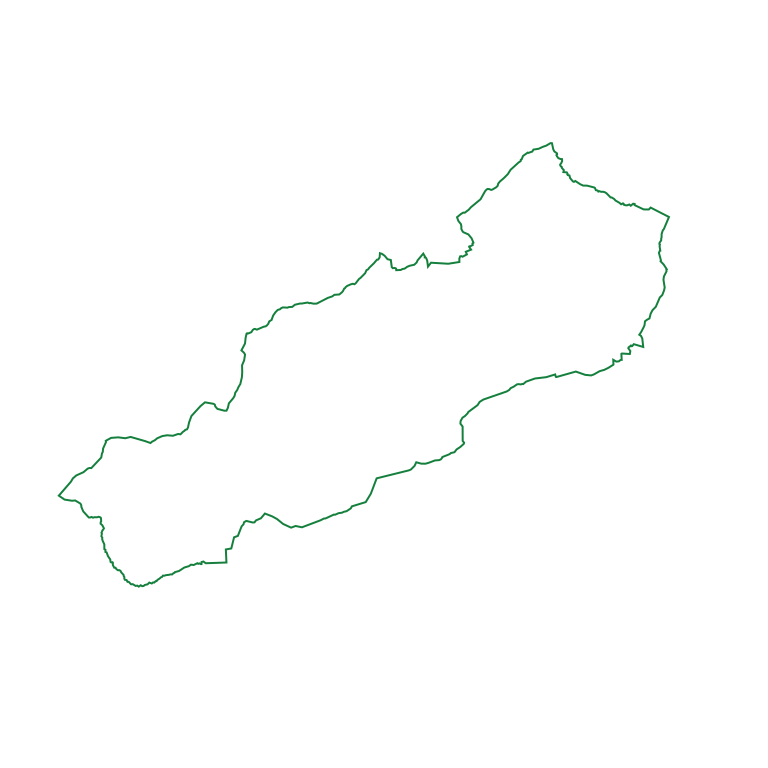 Rodna, Bistrita-Nasaud, Romania, rotated 234°
{"feature_id": "2599482B97945568100996", "entity_name": "Rodna", "entity_type": "district", "adm_level": 2, "iso_a3": "ROU", "parent_name": "Romania", "parent_adm1": "Bistrita-Nasaud", "projection": "albers", "projection_center": [24.848, 47.491], "detail": "fine", "context": "isolated", "style": "outline", "palette": "green", "viewbox_px": 768, "rotation_deg": 234, "n_neighbors": 0, "source": "geoboundaries", "source_scale": "gbopen_adm2", "svg_char_len": 6076}
<svg xmlns="http://www.w3.org/2000/svg" viewBox="0 0 768 768"><g transform="rotate(234 384 384)"><path d="M370.0,703.4L369.5,700.9L372.6,696.7L381.4,691.9L382.4,692.6L383.4,691.5L383.2,688.4L385.0,688.0L385.7,685.6L386.8,684.3L388.1,683.4L388.9,683.8L389.7,683.5L390.0,681.5L392.4,680.9L396.4,679.1L398.2,679.0L401.0,677.9L401.7,677.0L407.6,676.1L409.3,675.4L410.8,674.2L411.8,672.7L413.6,671.4L413.7,670.5L415.0,670.5L416.3,669.3L418.5,669.9L419.4,669.6L425.1,664.9L427.4,661.8L430.2,660.2L435.8,658.1L435.9,656.5L436.9,655.9L441.1,655.6L443.7,656.6L445.0,655.5L445.8,655.5L446.2,656.1L447.7,656.3L450.0,653.7L451.3,655.2L454.1,654.9L455.1,655.4L456.1,655.0L457.6,655.2L458.0,655.5L458.5,657.2L459.6,659.1L461.3,660.2L462.3,659.0L464.3,657.8L466.5,657.8L467.8,658.0L468.0,659.0L468.9,659.5L472.1,658.5L474.4,658.9L480.1,661.4L481.0,660.3L481.5,655.2L482.5,652.0L483.4,647.4L485.8,642.7L484.9,640.6L486.1,636.6L486.7,636.3L486.8,630.6L484.9,627.5L485.0,626.5L484.0,625.6L484.1,623.1L482.9,612.3L481.0,607.5L480.1,601.9L479.7,596.8L479.0,594.2L477.5,592.4L477.2,590.2L477.6,585.9L478.1,584.7L479.7,583.8L480.9,582.5L481.0,581.1L480.6,579.2L476.7,570.7L475.9,558.1L475.2,555.0L475.1,550.0L476.1,548.8L476.3,546.1L476.0,541.1L472.1,540.0L468.1,540.2L466.1,539.3L464.0,537.7L461.6,537.3L460.2,537.4L455.4,540.2L450.4,540.5L445.7,539.4L445.7,538.2L444.3,537.5L444.7,534.6L445.2,534.0L445.0,533.5L441.5,533.4L442.9,527.9L440.1,527.2L440.8,522.4L442.0,521.7L442.5,520.6L441.1,518.6L438.4,516.7L443.5,506.7L454.5,493.3L453.1,488.6L458.5,491.5L460.9,492.1L462.2,492.0L462.5,491.4L463.5,492.1L466.4,492.4L464.3,483.9L463.1,481.8L462.7,478.6L464.6,474.2L465.2,471.6L465.2,468.6L466.2,466.4L466.4,464.6L468.9,460.8L470.3,461.6L471.7,460.8L472.5,459.2L474.0,459.0L480.3,462.4L482.9,460.2L487.3,459.9L490.4,458.9L492.2,457.6L489.0,454.9L488.1,452.5L488.7,451.3L487.6,446.7L486.7,440.3L486.1,438.6L486.4,436.8L484.7,433.8L483.6,427.1L483.7,425.7L482.1,420.2L482.1,418.7L483.4,417.7L484.2,415.6L485.0,411.8L484.9,409.9L484.4,408.5L484.6,407.9L483.3,405.4L482.9,403.8L482.7,400.5L485.3,396.3L485.3,393.6L486.7,389.1L488.6,376.8L490.4,374.2L492.8,372.1L493.2,371.1L494.8,370.1L497.4,364.8L498.5,363.3L500.5,358.5L500.3,355.2L502.2,352.1L502.5,350.8L505.4,347.2L505.8,345.3L505.6,343.8L506.4,341.6L505.9,338.5L504.5,334.5L501.9,330.7L502.1,328.0L500.7,325.7L500.2,323.6L500.2,322.2L501.1,320.2L502.7,313.1L504.4,312.0L504.8,311.3L504.9,309.7L503.9,307.1L504.8,303.5L505.5,303.1L505.5,302.4L502.8,299.3L498.4,295.3L495.0,288.4L491.7,289.1L489.5,288.9L485.3,284.7L482.6,280.2L476.7,276.1L473.0,273.0L468.4,267.7L467.1,264.5L465.4,261.7L464.4,258.6L462.2,256.1L461.2,253.8L459.5,247.1L456.5,243.7L455.0,240.9L456.3,239.1L461.8,234.6L465.0,234.3L466.8,235.0L468.2,234.4L474.4,228.4L474.0,222.6L471.3,209.4L467.4,203.6L464.0,199.8L463.1,198.0L463.7,196.2L463.4,195.0L463.5,193.2L462.9,189.8L464.6,188.0L466.2,182.8L470.0,178.4L472.2,174.0L473.4,168.6L473.2,165.5L473.7,162.4L473.5,160.4L478.3,157.1L490.1,147.9L492.2,142.8L497.0,137.7L500.8,131.6L501.6,125.5L500.4,124.9L496.9,118.8L494.3,116.5L493.6,115.0L490.7,112.0L488.0,97.8L489.2,96.3L489.7,94.5L489.3,89.0L490.9,81.3L490.5,76.8L489.0,73.3L484.8,55.3L478.3,57.6L472.9,63.0L471.3,65.7L465.7,68.1L463.8,67.8L462.4,66.9L457.7,65.8L449.6,66.7L448.8,67.6L448.3,69.3L446.9,70.0L446.4,71.5L444.9,73.4L444.3,75.1L442.7,76.2L441.9,76.2L439.3,74.6L438.6,73.4L437.5,72.6L435.3,73.1L431.9,72.6L431.2,71.2L431.2,70.5L429.7,68.0L428.7,67.8L427.0,65.9L425.1,65.7L424.3,64.9L422.4,64.2L418.7,63.5L414.8,60.7L413.6,61.2L411.9,59.9L410.8,60.6L406.9,59.5L403.0,59.4L400.8,58.2L399.9,58.5L399.4,59.6L398.8,59.6L396.9,58.2L393.9,57.8L393.2,58.8L391.5,58.7L389.7,59.3L388.8,60.6L387.5,61.0L386.1,60.7L382.6,61.1L381.5,60.5L380.4,60.5L379.2,59.5L377.9,59.3L376.7,60.5L374.7,60.2L374.2,61.0L373.4,61.3L370.7,61.6L369.7,63.1L366.6,64.4L365.9,65.9L364.2,66.5L364.2,68.9L362.6,69.5L361.9,70.9L362.0,72.4L360.9,75.0L361.3,77.4L359.1,78.9L359.2,80.6L358.4,81.4L358.7,83.4L358.2,84.1L358.7,85.6L358.5,87.7L358.7,90.1L358.4,91.0L358.9,92.6L358.0,93.6L357.5,95.3L356.1,97.7L355.5,99.3L354.5,100.6L354.7,102.6L354.4,103.6L354.7,104.3L353.2,108.2L352.9,114.6L351.3,119.1L351.3,121.6L349.4,123.7L348.7,127.7L347.7,128.0L347.4,129.2L345.8,130.1L345.6,130.5L347.2,131.8L346.5,133.6L343.8,134.4L332.2,151.6L343.1,158.8L340.7,163.8L348.1,172.6L347.0,176.5L352.5,185.1L353.1,187.9L354.4,189.5L354.2,192.1L349.0,196.5L348.2,197.9L348.9,200.3L347.7,205.5L349.2,211.5L342.7,215.7L337.6,218.1L330.1,220.1L322.4,224.4L321.1,229.0L316.3,233.4L311.0,252.7L310.5,256.2L309.6,257.7L307.8,266.7L307.0,267.6L306.2,271.3L304.6,274.3L304.2,276.4L303.1,279.0L302.9,284.0L303.9,286.1L299.2,299.8L303.0,308.9L312.0,322.6L299.5,353.4L299.0,355.5L299.8,360.6L301.7,364.1L297.7,367.3L295.2,370.6L294.0,373.8L292.2,380.3L290.0,383.9L289.6,385.7L290.0,387.2L290.6,388.3L288.7,395.8L288.8,397.6L287.4,400.9L288.4,404.3L288.2,408.6L288.7,413.4L289.4,414.3L291.7,414.2L303.4,422.6L307.0,422.5L309.0,424.2L310.6,427.7L310.5,430.7L311.1,434.3L311.8,435.8L311.9,447.2L313.3,450.9L313.0,455.3L305.8,479.0L305.6,481.9L306.2,484.0L305.6,487.4L305.5,491.5L304.7,492.9L303.2,494.5L302.8,495.9L302.1,496.6L302.4,500.3L299.7,509.4L294.2,519.2L291.1,528.1L289.1,527.3L288.5,527.3L288.1,528.1L281.3,546.5L273.2,552.1L269.2,556.6L268.4,559.3L267.6,566.1L266.0,570.4L265.2,575.0L264.8,581.0L268.8,583.7L265.6,585.1L264.3,587.3L264.4,589.5L263.8,590.5L268.8,593.7L268.8,594.4L263.8,600.5L265.8,602.6L269.4,602.7L269.9,603.5L269.9,605.9L269.6,606.0L269.9,606.5L268.8,607.2L269.4,609.5L261.6,615.5L269.0,619.7L271.8,620.2L273.8,619.5L274.9,622.6L277.5,627.8L278.5,629.4L281.3,632.0L281.4,634.3L281.0,637.3L284.1,641.0L285.9,644.6L286.7,649.3L291.9,658.0L292.4,661.4L295.1,665.6L297.1,667.8L304.1,671.4L306.5,673.7L309.1,678.8L310.8,679.8L310.7,680.2L316.3,680.5L320.8,679.9L321.2,680.7L328.5,683.5L329.7,685.5L329.5,685.9L333.4,687.9L334.7,689.2L335.5,689.1L336.3,690.0L337.3,692.7L338.7,693.7L339.4,694.7L342.1,696.7L344.4,699.8L344.8,701.4L351.6,712.7L370.0,703.4Z" fill="none" stroke="#15803d" stroke-width="2"/></g></svg>